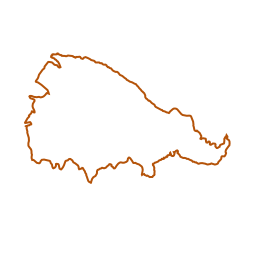 an SVG outline of Tocantins, rotated 101°
{"feature_id": "BRA-596", "entity_name": "Tocantins", "entity_type": "State", "adm_level": 1, "iso_a3": "BRA", "parent_name": "Brazil", "parent_adm1": "", "projection": "mercator", "projection_center": [-48.148, -9.274], "detail": "fine", "context": "isolated", "style": "outline", "palette": "amber", "viewbox_px": 256, "rotation_deg": 101, "n_neighbors": 0, "source": "natural_earth", "source_scale": "10m", "svg_char_len": 5858}
<svg xmlns="http://www.w3.org/2000/svg" viewBox="0 0 256 256"><g transform="rotate(101 128 128)"><path d="M189.5,153.8L188.8,154.2L188.5,154.9L188.2,156.1L187.4,157.0L183.3,159.3L182.5,159.9L181.3,160.2L180.1,161.4L178.7,162.1L177.6,163.3L176.0,164.6L175.9,165.4L176.7,165.8L176.8,166.3L177.7,167.7L177.8,168.1L177.1,168.6L175.6,169.1L174.4,169.9L172.8,173.0L172.1,175.1L170.4,176.5L169.4,178.6L169.5,179.3L169.9,180.1L171.2,180.9L172.0,182.6L172.6,183.1L176.6,183.7L178.8,184.3L180.7,185.2L181.4,185.7L181.4,186.3L180.9,187.4L180.4,187.7L177.5,188.9L176.9,189.4L176.7,189.9L176.8,191.3L177.1,191.8L178.7,191.6L179.6,191.6L181.0,192.4L181.8,193.6L181.6,194.0L180.4,194.9L178.3,195.7L177.3,197.0L175.5,198.1L175.2,198.6L175.0,204.4L175.7,206.5L177.0,207.3L178.8,207.7L179.3,208.1L179.6,208.5L179.6,210.8L177.6,214.2L177.4,215.0L177.7,215.9L176.1,216.8L174.9,217.1L172.5,217.2L171.4,217.8L168.9,218.4L167.5,219.1L165.0,221.9L164.3,222.4L161.9,222.9L159.5,222.8L156.6,223.5L151.8,226.0L150.6,226.1L147.9,227.4L146.3,227.6L145.7,228.6L145.5,228.4L145.2,227.3L144.4,226.4L144.2,225.5L143.4,224.8L142.9,223.7L142.5,223.7L141.3,224.6L140.9,225.3L142.6,229.5L142.6,230.0L142.4,230.1L137.7,228.5L135.7,227.2L135.3,227.2L134.9,227.6L134.6,227.6L132.3,226.0L131.1,225.6L130.0,225.6L129.9,225.4L130.1,224.8L130.7,223.1L130.5,222.7L130.1,222.7L128.6,223.4L126.1,225.3L124.7,225.9L122.3,226.0L119.3,224.9L118.3,225.2L117.9,225.8L117.4,229.4L116.8,230.1L115.8,230.8L115.3,230.5L115.0,229.4L115.0,228.4L115.4,226.4L115.2,223.5L114.4,221.3L114.6,219.9L114.5,219.3L113.8,217.8L113.0,216.8L111.4,215.6L109.3,214.5L109.2,213.9L109.4,212.3L108.0,213.0L106.1,214.3L102.2,221.1L100.7,224.5L100.4,225.3L100.3,226.9L100.1,227.3L99.7,227.4L99.2,227.3L96.7,226.1L95.6,225.8L92.6,225.5L87.0,222.9L85.6,221.7L85.1,221.5L83.6,221.6L78.5,219.0L78.2,218.3L78.1,215.3L78.4,214.6L79.9,212.3L80.0,211.4L79.9,209.7L81.5,207.9L81.7,207.3L81.7,206.6L81.1,205.9L78.0,207.9L76.2,209.5L76.0,210.2L74.8,211.7L74.5,212.9L73.8,213.5L73.4,216.2L72.9,217.1L71.5,217.0L70.9,216.6L70.8,216.4L70.9,216.1L70.1,216.1L69.8,215.2L69.8,214.0L69.4,212.4L68.4,211.7L68.2,211.1L68.4,210.9L68.7,211.1L68.9,210.9L68.8,210.0L69.3,208.4L69.2,207.3L69.6,207.1L69.8,206.7L69.3,203.6L69.4,202.7L69.1,201.7L68.6,201.3L68.3,200.6L68.0,196.8L68.0,195.8L68.6,195.1L68.5,194.0L68.9,193.5L69.0,193.0L68.8,192.7L68.1,192.3L67.7,190.3L67.3,189.4L67.4,188.5L68.6,187.3L68.8,185.7L68.5,185.3L67.3,184.6L66.5,183.2L67.0,180.7L67.7,178.3L68.3,177.1L68.5,174.2L69.0,173.2L69.6,172.7L69.8,172.2L69.2,168.8L69.7,167.7L69.4,166.1L70.0,165.4L70.4,164.4L70.4,163.4L70.1,162.5L70.1,162.0L70.7,160.9L71.3,160.7L71.7,159.8L72.1,159.5L71.9,158.6L72.6,157.6L72.7,156.0L74.3,154.1L74.8,153.0L75.3,150.9L75.0,149.4L75.5,148.2L77.4,146.1L78.0,143.5L79.4,141.0L80.2,139.1L80.8,138.6L81.1,138.0L81.3,137.0L82.1,135.2L82.4,132.6L83.2,130.2L83.5,128.5L84.8,127.1L85.4,126.0L86.6,124.8L88.1,122.6L89.0,121.7L89.3,121.2L89.6,120.4L90.1,120.0L90.5,119.1L90.9,118.6L92.7,117.3L94.2,117.0L94.7,116.7L95.6,115.8L95.9,114.9L97.1,113.3L97.3,112.7L97.1,112.4L97.7,111.0L98.0,110.8L99.0,109.3L100.1,106.5L101.5,105.5L102.0,104.8L103.9,98.7L103.9,97.9L104.6,97.1L104.7,95.1L105.3,93.1L105.3,91.6L105.5,90.7L105.0,90.3L104.0,90.0L100.9,87.6L100.2,86.7L99.9,85.6L99.9,84.3L100.3,83.2L104.1,78.4L104.8,76.9L104.8,72.8L104.1,69.8L104.2,68.9L104.6,68.3L109.3,65.3L112.1,64.4L113.3,64.3L114.0,63.8L117.3,62.4L117.9,61.6L118.0,61.0L118.0,59.9L117.9,59.4L117.7,59.4L119.2,56.7L121.8,54.6L122.8,54.4L124.6,54.9L124.8,54.8L124.9,54.0L124.1,53.3L123.7,52.0L123.7,49.8L124.0,49.5L126.2,48.9L127.2,48.3L127.2,47.3L126.7,46.8L126.0,46.5L125.8,45.8L125.9,45.3L126.7,44.8L128.2,44.6L128.6,44.3L128.7,43.8L128.5,43.2L127.0,41.7L126.8,39.7L127.1,39.2L127.5,38.9L129.2,38.8L129.6,38.5L130.7,37.1L130.7,36.7L130.2,35.9L129.3,35.1L129.0,34.5L127.5,34.4L126.8,33.9L124.9,30.9L124.4,30.8L121.1,31.1L120.5,31.4L118.5,30.8L117.2,30.0L116.3,29.9L117.4,28.8L118.4,28.7L118.8,28.8L119.2,29.3L119.4,29.1L119.8,28.6L120.8,26.5L121.9,25.8L123.9,25.3L125.8,25.2L126.5,25.7L130.4,27.5L131.4,27.7L132.6,27.7L133.1,27.6L133.7,27.0L134.2,26.9L136.6,27.4L137.5,28.1L137.7,29.8L137.8,30.3L138.2,30.6L138.7,30.8L140.1,30.6L141.0,30.8L144.2,32.8L145.6,33.0L146.1,33.5L146.6,34.2L147.3,35.7L146.9,39.5L147.7,40.4L148.0,41.3L148.6,42.7L148.6,43.7L148.3,45.3L148.3,48.5L148.8,50.4L149.6,51.7L149.5,52.8L148.7,54.6L149.0,55.4L148.5,56.7L148.5,57.2L148.8,57.8L147.7,59.4L147.6,60.7L146.8,63.2L147.1,64.1L146.6,65.5L146.6,67.1L146.9,68.0L146.4,70.3L146.2,71.0L144.4,72.5L143.0,74.7L141.9,74.4L140.9,74.8L140.6,75.5L141.2,76.4L142.5,77.3L142.9,78.4L144.3,77.4L146.2,77.7L146.8,78.2L147.1,79.2L146.8,80.2L145.0,81.2L144.2,81.8L144.6,82.0L146.4,81.8L147.3,83.9L147.7,84.1L148.2,83.9L148.8,84.0L148.9,84.4L148.9,85.0L149.8,85.4L150.2,86.4L150.3,87.1L150.7,87.2L150.8,86.6L151.1,86.7L151.6,87.3L151.5,87.9L151.9,88.2L151.9,89.0L152.9,89.4L153.7,91.0L154.1,91.4L155.1,92.0L156.4,93.9L156.9,95.0L157.7,95.4L158.3,96.6L158.7,96.7L159.7,96.4L160.3,95.6L162.0,94.6L164.3,94.3L165.1,93.7L167.6,93.4L168.7,93.1L169.3,93.3L170.0,94.1L171.4,94.7L172.0,97.3L171.0,99.8L171.4,100.6L171.1,101.5L170.9,102.7L170.1,103.4L170.8,104.8L171.4,105.3L171.1,105.5L167.2,105.5L165.8,105.7L164.0,106.5L163.1,107.3L161.7,110.1L161.3,112.8L160.8,114.0L161.3,115.8L161.2,116.2L159.4,117.8L157.3,120.0L156.8,121.1L156.8,121.4L157.9,122.2L160.2,122.2L161.5,123.1L162.7,125.0L163.1,126.3L163.1,128.5L163.6,129.6L164.9,130.8L167.1,132.0L169.5,132.9L170.1,133.3L170.3,133.8L170.3,134.3L169.1,135.5L168.7,136.8L168.3,137.1L167.5,137.1L167.1,137.6L166.9,138.3L167.0,139.2L167.2,139.5L168.2,139.9L169.2,140.9L171.3,142.3L172.1,143.8L172.0,145.9L172.9,146.8L173.4,147.9L174.5,148.9L174.9,149.8L176.3,150.2L178.0,149.9L178.8,149.9L181.3,150.8L182.9,152.6L184.8,153.5L187.8,153.9L189.5,153.8Z" fill="none" stroke="#b45309" stroke-width="2"/></g></svg>